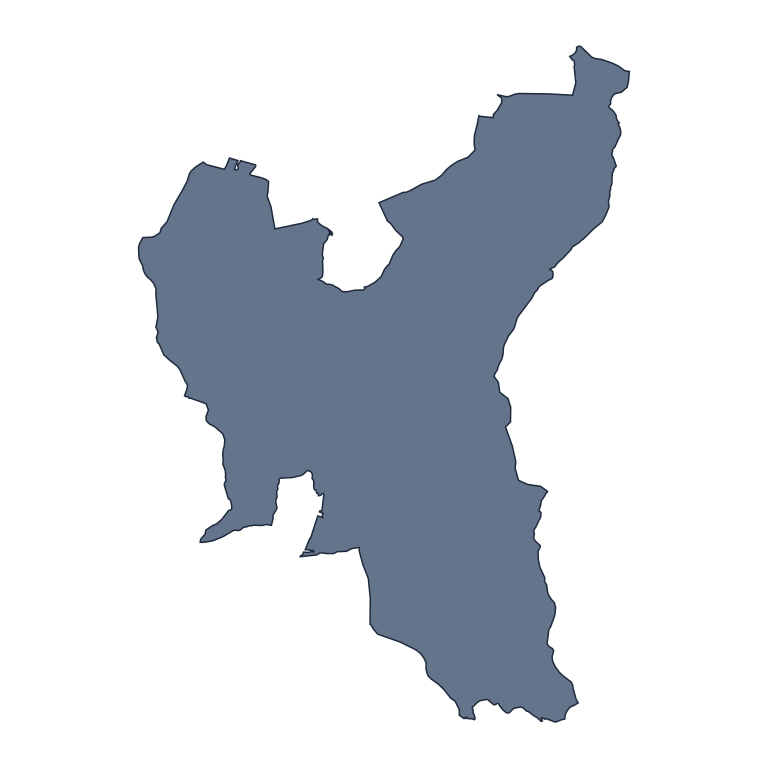 Zagar, Mures, Romania (Robinson projection)
{"feature_id": "2599482B67962104001540", "entity_name": "Zagar", "entity_type": "district", "adm_level": 2, "iso_a3": "ROU", "parent_name": "Romania", "parent_adm1": "Mures", "projection": "robinson", "projection_center": [24.611, 46.351], "detail": "fine", "context": "isolated", "style": "filled", "palette": "slate", "viewbox_px": 768, "rotation_deg": 0, "n_neighbors": 0, "source": "geoboundaries", "source_scale": "gbopen_adm2", "svg_char_len": 6097}
<svg xmlns="http://www.w3.org/2000/svg" viewBox="0 0 768 768"><path d="M578.2,702.9L576.1,699.3L573.0,688.0L572.7,685.2L571.5,682.3L562.9,675.7L559.4,672.4L555.1,666.5L552.5,660.9L552.1,656.8L553.7,650.6L552.3,648.5L548.6,646.1L547.1,643.5L548.9,629.3L550.5,627.1L554.1,617.3L555.0,614.1L555.6,607.6L554.4,602.6L551.7,599.8L548.7,595.2L547.6,592.3L546.6,584.7L544.6,581.6L544.8,577.8L539.9,567.1L538.4,560.1L538.0,551.2L540.0,547.7L540.3,545.7L534.9,540.6L533.6,537.7L534.4,534.0L533.7,531.4L534.0,529.8L535.8,527.2L538.9,520.4L540.4,518.0L540.9,515.6L541.0,512.8L540.3,511.7L538.9,510.9L540.7,505.0L541.2,500.9L544.7,495.9L545.7,493.6L547.6,491.8L547.5,491.3L540.5,486.3L527.4,484.4L518.5,480.3L515.1,468.3L515.8,461.9L512.4,446.3L505.5,426.9L510.5,422.0L510.7,407.4L508.1,398.7L499.8,392.3L498.3,382.3L494.0,376.3L495.0,373.5L497.0,370.6L498.8,364.9L501.9,358.9L503.0,354.4L503.4,348.4L504.2,344.9L508.3,336.3L513.9,328.8L517.2,318.1L518.5,315.9L531.6,298.5L535.2,291.8L536.7,290.8L539.4,286.3L547.9,280.6L551.9,278.6L552.7,277.5L553.1,274.8L552.6,271.3L550.6,269.7L549.7,269.6L549.7,269.2L554.8,266.7L557.7,262.7L563.1,258.0L571.2,249.4L572.1,247.1L579.5,242.3L581.4,240.3L583.4,239.0L593.7,228.8L602.2,221.8L605.6,215.4L609.1,206.7L608.4,201.5L610.0,195.2L609.6,191.8L610.6,189.6L610.5,186.8L611.6,185.1L612.0,182.2L611.9,179.3L612.5,172.6L613.5,171.2L614.3,168.2L616.0,166.7L616.2,165.9L613.4,157.8L611.8,155.2L611.8,154.0L612.6,151.1L612.6,149.9L613.2,148.4L614.8,147.2L618.7,138.3L620.4,135.4L620.8,131.5L620.0,127.9L618.1,123.7L619.3,122.9L618.0,121.7L616.4,118.4L616.1,115.6L615.5,114.3L612.8,110.5L609.8,108.2L608.6,106.2L610.7,104.0L610.5,101.1L611.7,97.5L613.7,94.7L614.8,93.8L621.3,92.2L627.1,87.3L628.4,81.8L629.4,71.4L626.1,71.1L624.0,70.2L618.4,66.1L612.5,63.2L601.1,59.3L594.9,58.5L591.7,57.1L580.7,46.4L578.6,46.1L576.6,47.3L576.6,50.0L575.5,52.5L572.6,55.1L569.7,56.4L572.3,59.9L574.1,60.8L574.7,65.1L574.1,66.2L575.8,82.8L572.6,95.2L548.4,93.9L518.9,93.5L514.4,94.3L509.2,96.4L506.2,96.7L497.1,94.7L501.2,97.7L501.6,98.7L501.7,102.6L497.1,110.5L493.5,114.3L493.3,117.6L480.6,116.4L478.9,115.7L477.2,124.5L474.5,135.1L474.1,141.6L474.4,146.5L474.9,147.5L475.0,149.6L474.0,151.2L467.7,157.4L457.6,161.4L451.7,165.2L446.7,169.4L441.9,175.0L435.3,180.1L421.7,184.2L409.6,190.9L406.0,192.3L403.2,192.4L379.0,202.7L387.4,220.9L390.7,223.6L395.5,230.1L403.0,237.4L402.9,239.6L399.7,246.6L395.6,251.0L393.0,254.9L389.1,264.2L387.3,265.7L384.4,269.5L381.2,276.6L374.9,282.3L367.8,286.3L364.3,287.1L365.0,288.2L363.8,289.9L354.7,290.2L347.4,291.7L342.3,291.7L338.9,288.6L332.1,284.9L329.0,284.2L326.9,284.3L322.7,281.4L318.1,279.4L321.6,277.5L322.4,276.1L322.9,272.1L322.6,261.1L323.4,257.9L322.7,256.7L322.3,254.4L323.6,244.0L327.2,239.5L328.1,235.9L329.7,234.6L329.1,234.0L329.7,233.6L332.0,235.3L332.3,234.9L329.6,232.4L329.1,231.2L332.1,232.7L331.8,232.0L327.2,228.3L323.5,226.7L319.9,224.2L317.6,221.9L317.6,219.0L316.7,218.9L314.8,219.3L312.6,218.8L311.6,220.1L302.2,223.2L274.9,228.9L271.0,206.8L267.1,196.0L267.9,192.7L268.6,181.4L265.4,179.2L261.2,177.7L251.0,175.2L249.8,173.8L255.6,166.6L255.6,164.9L240.5,160.7L240.0,162.1L237.6,164.7L238.2,167.8L237.9,169.0L236.8,170.0L234.8,169.5L235.5,166.0L238.0,160.6L229.5,158.0L226.3,166.0L224.4,169.3L206.7,164.7L203.3,162.1L195.5,167.0L191.1,171.1L189.4,173.8L187.3,180.9L182.9,189.4L173.9,204.9L167.1,221.6L161.3,228.2L160.0,232.5L159.5,233.0L154.6,236.2L152.2,237.1L142.8,237.6L139.6,243.7L138.6,246.6L138.7,253.6L139.1,258.5L142.7,266.0L143.4,270.1L144.8,273.5L147.2,276.9L150.5,279.6L153.7,283.4L156.0,289.0L155.9,294.6L157.9,316.8L155.9,327.3L157.3,329.9L158.0,332.6L156.4,337.6L157.4,342.4L159.1,344.0L163.9,354.9L169.8,360.4L176.9,365.9L179.7,369.2L185.5,382.0L186.8,383.6L187.5,386.0L186.5,390.4L184.5,395.7L186.0,396.8L188.0,396.6L189.2,398.3L190.6,398.2L206.1,403.7L208.4,410.1L206.0,416.6L206.1,419.7L207.0,421.5L209.3,423.9L214.9,426.9L222.4,433.5L223.1,434.6L224.8,439.9L224.3,446.0L223.1,450.2L222.7,454.3L223.2,459.6L222.8,464.0L225.2,470.4L225.7,475.4L225.3,476.9L226.0,480.1L224.3,483.8L224.5,485.9L228.4,498.8L229.6,499.1L230.7,501.2L231.8,506.4L231.6,509.3L228.5,510.6L221.8,519.4L216.5,523.9L212.9,525.4L205.8,530.1L205.1,534.1L200.6,539.4L200.2,542.4L205.1,542.2L213.1,540.7L223.1,536.6L233.7,530.3L239.0,530.5L240.3,530.0L243.6,527.3L247.1,526.7L249.3,525.7L251.3,525.9L253.5,525.2L262.2,525.5L266.0,524.5L271.4,525.3L273.2,518.1L272.8,516.5L273.4,514.6L276.4,509.6L277.0,507.8L275.7,501.9L276.3,498.6L277.1,497.3L276.6,491.4L277.8,489.3L277.5,485.5L278.7,483.7L279.2,481.4L279.1,479.0L280.3,478.2L292.0,477.6L301.2,475.5L304.1,473.7L307.3,470.4L310.7,471.6L312.0,473.4L312.4,475.3L312.1,478.6L313.4,480.2L313.8,481.7L313.7,485.8L314.0,488.6L314.6,489.8L315.7,489.9L316.7,493.1L318.4,493.5L318.3,495.7L320.6,495.4L322.5,493.5L323.2,493.5L323.9,494.3L321.9,510.8L319.7,511.0L319.4,511.9L323.2,513.4L322.2,515.6L322.8,517.5L317.8,515.9L310.5,538.4L309.8,538.4L305.2,549.7L313.6,550.5L313.7,552.0L310.5,551.5L309.2,552.5L303.5,552.1L302.7,554.6L300.3,556.1L300.2,556.7L316.9,554.9L320.1,552.8L327.4,553.6L333.5,553.6L337.3,551.7L346.4,551.3L352.1,548.5L359.2,547.5L359.2,550.8L362.9,564.7L368.3,578.4L370.3,598.9L370.0,624.3L371.0,624.7L373.1,628.7L377.7,634.2L400.0,642.0L415.7,649.7L420.9,653.8L424.2,658.6L426.1,662.9L426.0,668.8L426.8,672.4L428.1,675.8L431.2,679.0L438.0,683.9L443.8,689.3L450.7,698.2L455.0,701.0L459.3,709.7L459.3,715.2L464.0,718.6L465.4,717.4L465.6,718.3L467.0,717.3L467.5,718.6L472.1,718.8L474.4,719.7L475.0,719.0L475.0,718.1L474.2,714.7L473.1,713.1L473.2,710.6L472.2,707.5L478.3,701.6L481.2,700.4L487.4,699.4L493.5,704.6L494.9,704.8L496.9,703.6L498.6,703.6L499.8,706.0L502.8,709.8L506.3,712.7L507.9,713.0L509.6,712.5L512.7,709.3L514.7,708.1L520.6,707.0L523.3,708.0L526.7,711.2L527.6,711.2L529.3,712.2L533.3,715.4L537.6,717.9L540.6,721.0L541.7,721.4L542.4,720.9L541.2,718.0L541.9,717.8L544.8,719.2L545.3,718.4L554.8,721.9L556.4,721.9L561.1,719.9L564.7,719.1L565.2,715.1L566.6,711.6L568.6,708.8L570.7,706.7L573.7,705.6L578.2,702.9Z" fill="#64748b" stroke="#1e293b" stroke-width="1.5"/></svg>